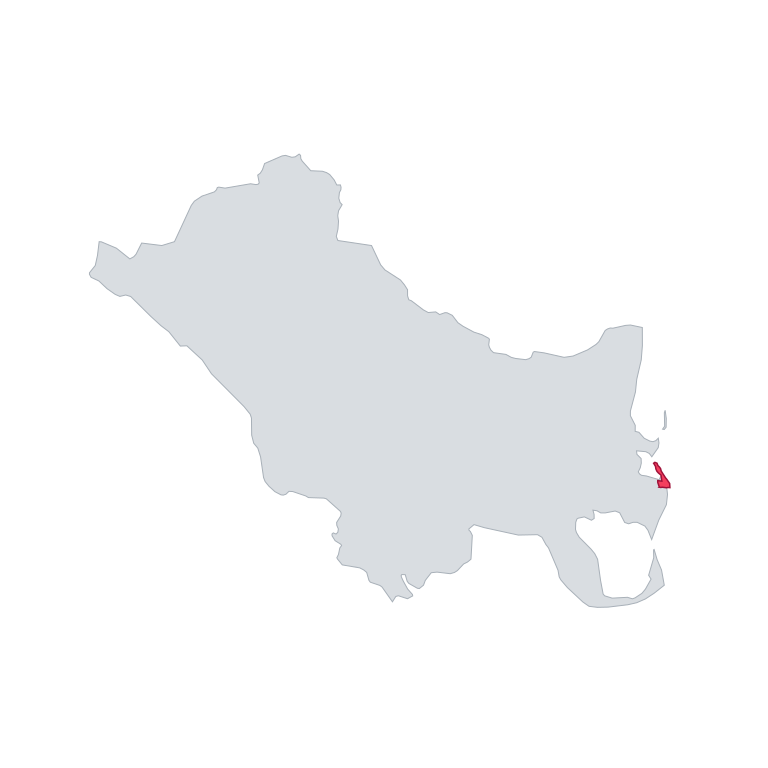 location of Avaza, Balkan, Turkmenistan, rotated 189°
{"feature_id": "10190150B47051626377462", "entity_name": "Avaza", "entity_type": "district", "adm_level": 2, "iso_a3": "TKM", "parent_name": "Turkmenistan", "parent_adm1": "Balkan", "projection": "mercator", "projection_center": [52.922, 39.907], "detail": "fine", "context": "in_parent", "style": "filled", "palette": "rose", "viewbox_px": 768, "rotation_deg": 189, "n_neighbors": 0, "source": "geoboundaries", "source_scale": "gbopen_adm2", "svg_char_len": 4259}
<svg xmlns="http://www.w3.org/2000/svg" viewBox="0 0 768 768"><g transform="rotate(189 384 384)"><path d="M227.7,255.8L262.4,257.8L273.1,259.2L277.5,254.1L277.2,252.9L275.6,251.8L273.1,248.3L270.7,224.6L273.7,221.2L277.2,218.7L282.3,211.2L284.9,208.9L288.9,207.0L302.2,206.5L307.8,205.0L312.5,196.5L313.5,191.5L317.1,187.5L319.2,187.5L328.2,190.9L330.2,192.7L333.2,199.0L336.6,198.6L337.1,197.6L336.7,196.2L334.1,192.3L328.5,185.1L323.0,180.6L322.5,179.2L327.2,175.6L336.7,177.1L339.1,176.0L341.6,170.2L354.1,183.1L356.5,184.4L366.5,186.1L368.2,187.8L371.6,195.2L375.0,197.2L379.2,198.6L396.9,198.8L402.5,203.8L403.4,205.0L402.3,208.5L402.0,215.1L400.6,217.8L401.5,218.9L407.8,221.6L411.5,225.9L411.9,227.7L410.8,229.0L407.9,228.3L406.4,230.3L406.4,233.7L408.5,237.0L409.1,239.9L406.1,246.8L406.1,249.7L407.0,251.3L423.0,261.6L425.5,261.9L440.9,260.0L443.8,261.2L457.3,263.5L461.1,263.1L463.6,259.8L466.1,258.5L468.4,258.4L474.9,260.6L481.6,265.0L486.1,269.0L488.3,272.7L494.5,292.7L498.6,300.9L503.4,305.1L506.7,312.8L509.6,329.7L511.4,333.2L518.7,339.8L556.0,367.1L567.3,379.3L584.7,390.9L591.1,389.6L604.7,402.0L613.4,406.7L624.6,414.1L647.9,430.8L653.0,431.5L658.6,429.2L663.6,430.5L672.4,434.8L681.8,441.2L689.9,443.5L692.1,446.3L692.3,447.8L687.7,455.9L687.1,466.2L687.6,480.0L685.4,480.2L669.6,476.3L654.6,467.8L651.0,470.6L649.2,473.4L645.4,485.3L625.1,486.0L613.2,491.8L602.3,530.2L599.9,534.9L593.2,541.1L581.6,547.2L579.8,549.7L579.4,551.9L578.0,552.6L571.6,552.6L547.1,560.9L541.8,560.9L539.6,561.6L538.7,563.1L541.4,570.6L539.2,572.8L537.6,576.5L536.4,583.1L520.4,593.3L517.0,594.4L510.5,593.5L507.2,594.5L503.8,597.8L502.2,596.8L501.4,593.5L499.7,591.4L489.7,583.2L478.1,584.5L473.8,583.8L470.4,582.4L465.1,577.7L461.8,573.2L458.2,573.8L457.2,571.6L457.0,569.1L458.0,566.1L457.7,560.4L455.7,556.3L453.4,554.6L456.0,548.0L456.0,543.0L454.4,537.7L453.7,529.9L454.2,522.3L452.0,518.5L418.0,518.8L405.9,501.1L400.9,496.8L384.0,489.3L379.4,485.2L375.5,480.8L374.5,474.7L372.7,471.1L370.0,470.5L356.8,463.4L351.5,461.5L344.2,463.3L339.9,461.3L334.9,464.0L332.8,464.2L327.3,462.5L320.6,456.1L315.0,453.4L303.3,449.3L295.0,448.0L287.7,445.5L286.9,444.6L286.7,439.1L285.7,436.8L283.6,434.1L280.7,432.1L268.2,432.3L262.4,430.2L257.9,429.8L247.9,430.2L244.7,431.7L242.8,433.5L241.6,438.8L240.5,439.6L230.8,439.8L210.3,438.5L201.6,441.2L188.3,449.5L180.7,456.3L178.4,459.4L173.9,471.5L171.9,473.3L169.3,474.7L166.7,474.9L154.5,479.7L149.8,480.8L137.7,480.2L134.8,462.3L133.7,448.0L135.1,428.2L134.4,415.5L136.4,395.9L135.7,391.2L129.4,382.5L128.5,376.5L124.7,376.2L118.5,371.1L112.5,369.2L109.4,369.1L106.7,370.5L104.6,373.4L103.2,368.8L103.2,364.0L108.1,354.0L111.1,356.9L114.8,358.1L124.1,357.5L123.2,354.1L118.4,350.6L117.5,346.1L117.8,341.4L119.1,337.0L117.6,335.2L115.4,334.1L110.4,334.2L97.3,332.5L95.7,337.7L99.4,344.6L93.4,336.8L89.3,328.7L86.7,319.3L86.2,309.0L91.3,292.6L95.3,272.2L100.4,280.8L104.1,284.5L112.3,287.0L116.3,286.4L120.5,284.2L124.6,284.9L131.1,293.7L135.8,294.7L145.3,291.3L149.8,290.6L153.8,292.1L157.9,292.1L156.1,288.0L155.4,284.0L157.8,281.9L165.3,284.1L171.3,281.8L172.4,280.7L173.0,277.3L172.1,270.3L170.7,267.4L167.2,263.2L153.8,253.4L149.3,249.4L145.6,244.3L139.4,223.9L134.7,210.8L132.9,209.3L125.1,208.2L110.2,211.4L105.0,210.7L102.5,212.1L96.5,217.6L93.7,222.3L89.7,233.1L92.7,236.5L90.4,254.6L91.8,262.3L91.3,262.8L86.8,253.3L80.8,243.7L75.7,229.1L84.6,219.5L92.2,212.6L100.2,207.5L108.7,204.1L127.7,198.7L138.2,196.8L146.7,196.5L153.3,199.7L171.0,211.6L178.7,218.2L180.8,220.9L183.0,227.3L195.9,247.9L199.0,250.8L204.0,257.3L208.8,259.2L227.7,255.8ZM102.6,399.4L102.2,402.0L99.8,394.1L98.6,385.4L100.1,382.9L101.8,383.0L100.2,386.2L102.6,399.4Z" fill="#d9dde1" stroke="#a8b0b8" stroke-width="1"/><path d="M87.4,326.2L85.4,326.4L86.3,330.4L87.9,332.1L89.7,334.0L91.1,335.2L92.7,337.0L94.6,339.1L96.6,341.4L97.6,343.7L99.0,345.1L100.7,346.3L102.0,348.5L104.2,349.0L105.3,347.9L104.5,347.0L102.9,345.0L102.2,342.7L100.8,340.5L99.1,339.1L96.1,337.3L95.0,333.5L94.4,331.5L98.5,331.4L98.3,329.9L97.6,328.3L97.1,327.6L96.8,326.8L96.1,325.5L95.7,325.3L95.9,325.1L95.4,325.1L94.5,325.1L93.2,325.5L92.9,325.6L92.5,325.6L92.4,325.6L88.7,325.7L87.4,326.2L87.4,326.2Z" fill="#f43f5e" stroke="#9f1239" stroke-width="1.5"/></g></svg>